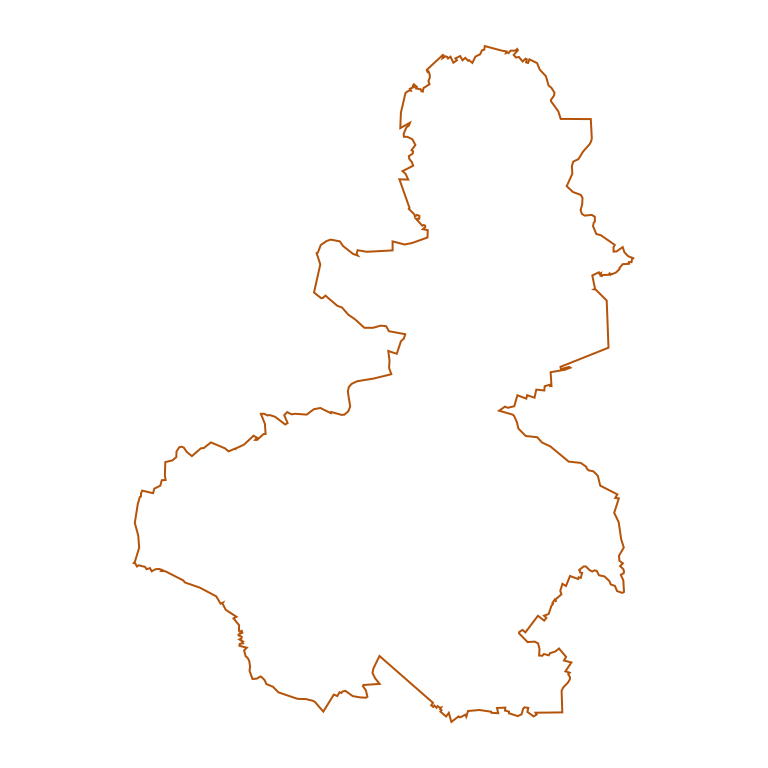 Amatlán de los Reyes, Veracruz, Mexico (Albers equal-area conic projection)
{"feature_id": "50627088B96497314595086", "entity_name": "Amatlán de los Reyes", "entity_type": "district", "adm_level": 2, "iso_a3": "MEX", "parent_name": "Mexico", "parent_adm1": "Veracruz", "projection": "albers", "projection_center": [-96.873, 18.873], "detail": "fine", "context": "isolated", "style": "outline", "palette": "amber", "viewbox_px": 768, "rotation_deg": 0, "n_neighbors": 0, "source": "geoboundaries", "source_scale": "gbopen_adm2", "svg_char_len": 6048}
<svg xmlns="http://www.w3.org/2000/svg" viewBox="0 0 768 768"><path d="M506.4,51.4L502.1,50.7L484.8,46.1L484.2,49.7L482.0,50.3L480.1,54.3L475.4,56.6L472.4,62.9L469.0,60.1L468.1,60.8L465.3,57.8L462.5,60.3L460.2,56.1L455.4,58.4L456.9,60.3L453.4,62.7L450.5,56.7L448.0,58.5L447.2,56.9L445.6,56.3L442.6,58.2L443.6,55.4L442.9,54.9L426.7,69.9L427.6,72.0L428.5,71.4L429.8,74.7L429.8,77.7L428.4,81.2L429.5,84.2L423.4,88.2L422.8,91.6L421.5,91.3L420.7,89.3L416.1,88.5L416.9,86.9L413.8,84.3L412.8,85.9L414.2,87.0L409.9,88.7L411.0,90.7L408.8,90.6L405.5,92.9L400.9,112.7L400.3,128.1L410.0,122.7L409.0,125.4L406.5,127.3L403.7,133.6L403.9,136.8L407.2,136.8L412.3,139.2L415.4,145.0L411.5,150.2L413.1,151.4L412.7,153.6L408.8,156.2L409.3,158.9L411.8,162.0L413.2,165.7L402.5,171.1L405.6,173.9L408.2,179.6L399.4,179.3L409.5,207.9L408.8,208.9L414.4,214.4L414.9,216.6L417.1,214.9L419.3,215.8L419.3,218.7L416.0,218.8L422.3,225.7L423.7,225.0L425.1,225.7L425.3,227.0L422.9,229.2L427.7,230.1L427.5,237.5L412.1,243.0L404.6,244.5L392.6,241.4L392.6,250.4L366.8,251.8L357.6,250.2L356.6,254.0L357.8,255.6L353.0,253.9L342.9,245.9L339.9,241.4L330.8,239.6L326.6,241.0L320.8,245.0L317.8,252.6L316.6,253.1L320.3,264.4L314.0,292.5L321.2,298.2L323.0,297.9L325.4,295.6L337.3,305.8L342.0,307.5L348.4,314.8L354.9,319.2L364.4,327.8L373.0,327.8L380.5,325.7L383.9,325.9L386.1,326.2L388.9,331.2L405.2,334.2L403.9,338.5L400.9,341.3L396.8,353.8L388.3,351.0L389.5,360.4L389.1,367.9L391.3,374.2L373.4,378.6L357.3,381.2L351.7,383.8L348.9,386.9L347.8,391.5L350.2,406.5L348.3,411.3L344.5,414.6L341.7,414.9L331.2,412.0L330.9,413.2L320.4,408.0L313.9,409.2L306.7,414.6L295.2,413.8L291.5,414.3L287.2,412.1L284.2,415.2L287.6,423.0L285.2,424.5L275.1,416.8L269.9,415.1L267.4,415.4L264.2,413.8L260.9,413.8L264.9,423.9L265.6,433.9L263.5,434.1L257.1,439.9L255.2,439.9L257.0,437.7L253.6,435.7L244.0,444.6L235.3,448.7L236.1,449.7L234.8,448.7L228.6,451.4L224.9,448.3L210.9,442.4L203.9,448.0L200.9,448.3L191.9,456.1L186.8,452.0L183.9,447.7L181.6,446.7L179.2,447.3L176.5,451.6L176.3,457.1L172.4,460.4L165.3,462.1L164.9,475.4L165.6,480.0L161.8,480.2L160.3,485.7L154.4,488.6L153.0,493.2L142.2,490.6L141.0,493.5L141.0,496.4L139.8,497.1L137.8,504.0L134.8,522.9L138.2,535.4L139.2,547.7L134.9,561.7L133.8,563.0L135.1,563.3L137.0,566.5L138.6,565.3L145.1,566.9L146.6,569.2L149.9,568.1L151.8,571.3L155.3,569.3L158.9,568.9L162.2,570.0L161.3,571.0L165.2,571.2L183.2,580.4L185.0,582.5L199.7,587.6L216.2,596.3L220.6,603.7L222.8,602.7L222.4,603.3L225.8,609.9L236.5,616.8L233.5,618.4L239.1,625.2L238.9,630.7L239.6,631.7L241.7,630.8L242.4,632.7L238.5,634.6L238.5,635.4L241.7,636.7L241.5,638.5L239.4,639.4L242.8,641.4L242.0,641.8L243.0,643.3L239.8,643.9L239.4,645.8L246.8,647.7L244.1,650.5L245.7,656.4L247.5,657.7L249.2,660.8L250.1,666.7L249.5,670.7L252.5,679.0L256.8,678.6L260.4,676.5L261.6,677.1L264.7,680.2L266.4,684.1L272.9,686.7L278.5,692.4L297.4,698.8L306.0,699.1L313.0,700.8L315.0,702.0L323.3,711.6L333.8,694.6L337.3,696.0L339.6,692.2L341.5,692.9L342.4,691.6L345.3,690.8L352.7,696.1L360.1,697.4L365.9,697.7L367.4,696.8L365.9,690.3L362.9,686.2L363.4,685.0L379.6,683.9L375.0,678.1L372.5,672.9L373.3,668.7L379.5,656.0L433.0,702.8L431.2,705.3L433.2,706.9L434.3,705.5L436.5,707.8L437.6,706.1L439.9,707.8L441.2,707.5L440.2,709.2L441.5,710.2L440.4,711.6L446.1,716.5L448.8,712.9L451.4,721.9L458.6,716.4L459.4,717.3L461.2,716.9L465.2,714.7L466.3,716.8L468.0,711.0L479.4,710.0L491.1,711.7L491.4,712.8L498.2,713.2L497.0,708.0L505.3,707.6L505.0,710.6L509.0,711.6L509.0,713.3L517.8,716.1L521.5,714.4L523.2,708.7L524.5,707.3L528.3,707.9L527.4,711.9L533.6,716.4L536.6,714.6L535.5,712.7L562.3,712.4L561.6,690.8L563.2,687.5L568.1,682.4L569.9,679.2L570.0,677.2L568.2,674.2L569.7,672.7L565.4,671.3L571.4,662.5L564.0,660.5L566.1,656.9L559.0,648.5L555.3,651.5L550.0,653.2L548.7,655.3L543.9,654.0L542.3,655.8L539.1,655.5L539.5,649.1L538.1,643.4L534.6,641.6L527.6,642.1L519.0,633.3L519.3,632.0L522.5,629.9L525.4,632.4L537.9,615.8L544.2,620.6L546.4,617.9L544.1,615.7L548.7,614.0L551.3,606.1L553.1,603.7L552.4,603.0L554.7,599.6L556.3,601.9L555.2,599.7L561.4,594.4L560.3,590.8L562.4,583.8L566.0,586.0L570.0,576.0L578.1,579.0L578.7,577.3L580.8,577.9L582.1,572.8L580.2,572.5L579.7,570.1L578.5,570.5L583.6,566.5L585.8,566.4L589.7,570.2L592.4,571.5L594.7,570.3L596.7,570.9L599.0,575.3L604.5,576.4L609.4,581.1L610.7,584.4L614.9,585.9L617.1,591.1L622.4,592.9L624.0,591.9L623.3,580.3L620.8,574.8L623.7,573.2L624.0,571.4L623.3,569.1L620.1,566.1L622.9,563.4L619.4,560.8L619.0,555.7L623.8,547.5L621.2,539.4L618.7,522.2L614.2,512.8L618.8,498.4L615.2,497.9L617.4,494.4L600.2,485.6L597.9,476.1L596.9,474.8L593.3,471.3L588.8,470.4L586.7,468.6L586.4,466.9L580.7,462.9L568.7,461.6L550.5,446.5L542.0,442.5L537.2,437.2L525.8,436.0L518.4,428.6L516.9,422.2L514.1,415.9L512.6,414.6L499.1,410.7L505.0,406.6L507.8,407.8L514.3,406.2L517.4,395.3L526.3,398.6L527.1,395.2L534.5,397.7L536.3,389.6L544.3,390.5L544.7,386.2L550.3,384.6L550.2,386.1L551.5,386.1L550.6,372.2L564.7,369.8L570.4,367.7L569.2,366.9L560.9,369.1L560.5,366.8L608.5,347.7L606.7,300.5L595.6,289.5L594.0,289.3L595.0,288.7L592.3,275.5L598.8,272.3L599.5,273.9L601.0,273.1L600.5,275.7L601.9,276.1L602.7,275.0L608.7,274.8L609.4,273.6L610.3,274.7L610.8,273.8L611.7,274.3L616.0,272.5L619.5,269.1L619.4,268.1L622.7,264.2L629.0,263.8L628.8,262.1L631.5,262.2L632.2,258.1L634.2,258.5L628.3,256.3L624.4,252.3L622.7,247.1L616.6,251.4L613.6,251.6L613.5,247.4L614.8,244.9L600.8,235.2L596.3,234.0L593.0,226.1L593.8,222.5L594.9,221.5L594.8,216.7L591.7,214.9L584.6,215.6L581.8,213.8L580.6,210.0L582.2,204.3L582.5,197.8L580.8,194.9L572.9,192.0L566.7,186.2L572.3,173.8L571.9,166.1L573.3,161.6L578.4,159.1L583.2,151.4L589.7,144.1L591.1,141.4L591.8,138.4L590.8,119.1L560.7,118.9L558.3,111.3L551.1,101.4L550.9,100.0L554.0,95.6L554.5,92.7L551.4,87.8L548.6,85.6L545.9,76.2L539.8,69.7L537.1,63.1L529.4,59.3L528.1,63.0L526.1,62.4L526.8,59.3L525.6,58.7L522.6,61.5L518.9,57.0L515.9,57.5L513.7,54.9L517.9,50.3L517.1,49.0L515.6,50.6L510.5,50.7L508.6,53.1L507.4,52.4L505.9,53.1L506.4,51.4Z" fill="none" stroke="#b45309" stroke-width="2"/></svg>